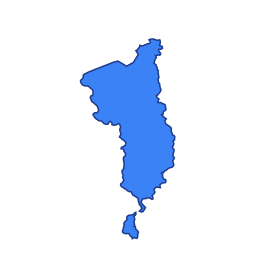 Campo Alegre, Santa Catarina, Brazil, rotated 122°
{"feature_id": "56859067B1818648159801", "entity_name": "Campo Alegre", "entity_type": "district", "adm_level": 2, "iso_a3": "BRA", "parent_name": "Brazil", "parent_adm1": "Santa Catarina", "projection": "natural_earth1", "projection_center": [-49.182, -26.127], "detail": "fine", "context": "isolated", "style": "filled", "palette": "blue", "viewbox_px": 256, "rotation_deg": 122, "n_neighbors": 0, "source": "geoboundaries", "source_scale": "gbopen_adm2", "svg_char_len": 4114}
<svg xmlns="http://www.w3.org/2000/svg" viewBox="0 0 256 256"><g transform="rotate(122 128 128)"><path d="M63.2,132.7L62.9,134.0L61.3,135.4L60.5,136.7L59.4,138.0L59.5,140.1L57.6,140.7L56.1,141.3L54.5,141.3L53.1,141.3L52.1,143.0L51.1,142.2L50.1,141.0L49.4,139.6L47.7,139.6L46.7,141.5L46.4,142.9L44.9,143.6L43.9,141.9L42.1,141.0L40.7,142.1L41.0,143.4L41.4,145.0L39.5,145.4L37.5,146.4L36.4,147.8L38.0,149.4L38.7,151.8L39.0,153.6L39.9,154.8L40.9,156.2L42.2,156.9L42.6,155.3L43.8,154.4L45.1,154.6L45.9,155.8L47.1,156.6L48.2,157.5L49.4,158.3L50.7,159.0L51.3,160.5L51.5,161.8L52.6,161.4L53.9,161.1L55.1,161.5L56.9,161.5L58.1,162.4L60.3,158.2L62.7,158.2L66.7,158.2L68.2,158.2L69.6,158.2L76.4,162.0L76.4,166.6L76.5,168.6L76.5,170.0L76.6,172.0L80.1,175.3L95.3,186.6L101.3,191.0L105.6,193.6L106.8,194.0L107.9,193.2L109.1,192.9L110.4,192.7L111.7,193.3L113.6,193.1L114.6,191.8L115.6,189.5L115.3,187.2L114.4,185.6L113.5,183.7L114.0,181.8L114.1,179.8L114.6,178.0L116.0,176.7L117.5,175.7L119.2,175.5L120.7,176.5L122.4,176.0L123.4,174.4L124.8,172.8L124.8,171.1L125.2,168.7L125.5,166.9L126.0,165.3L127.0,164.0L128.0,163.0L129.2,162.0L130.9,162.3L131.9,162.9L132.5,164.1L133.6,164.7L135.1,164.9L136.3,162.8L137.1,160.9L137.1,158.5L137.4,156.8L136.6,155.4L136.2,154.2L136.5,152.4L137.0,150.6L136.5,148.8L135.5,147.1L133.6,147.1L132.1,147.1L131.9,145.3L132.6,143.9L133.7,143.4L133.3,142.0L132.7,140.8L131.9,139.9L130.8,139.2L129.2,138.4L129.5,136.8L130.4,135.4L131.7,134.6L133.5,134.3L135.2,132.8L136.1,131.5L137.3,130.6L138.9,130.6L140.2,130.4L140.2,129.1L140.7,127.4L140.7,125.4L141.0,123.8L141.4,122.0L142.6,121.6L144.2,121.1L146.1,122.1L147.8,123.3L149.3,122.9L148.7,121.7L148.5,120.1L149.8,119.3L150.5,117.5L151.7,116.0L153.5,115.6L155.1,116.3L157.0,115.3L158.3,114.2L159.8,112.9L161.5,111.5L163.1,111.2L163.9,110.1L165.0,110.2L166.2,110.2L167.6,110.4L169.2,109.1L170.3,107.5L171.3,106.9L172.4,106.6L173.5,105.3L174.5,103.7L176.1,103.9L177.8,103.9L179.1,104.5L180.6,103.9L181.3,101.7L181.0,99.9L181.4,98.7L180.9,97.4L181.5,95.7L181.4,93.4L180.4,91.7L181.2,90.4L182.3,88.3L182.2,86.5L182.2,84.7L182.3,82.8L182.9,81.6L183.9,81.0L185.2,79.7L186.4,78.3L187.2,77.3L187.3,75.8L188.3,74.8L188.6,73.5L190.4,73.8L192.5,74.3L192.2,72.3L191.2,71.1L189.6,70.9L187.7,70.9L186.1,71.1L185.8,72.5L185.4,74.2L184.9,75.8L184.5,77.3L182.6,77.8L180.8,78.1L179.3,76.8L178.3,75.3L177.1,74.6L176.2,73.5L175.7,71.6L175.9,70.1L174.9,69.2L173.5,70.4L172.4,71.7L171.1,71.5L169.8,71.1L168.1,71.1L166.6,73.3L164.7,73.2L162.9,72.5L162.2,70.7L161.4,68.9L160.2,70.2L159.1,70.9L157.9,70.3L156.4,69.7L155.6,68.6L154.4,67.3L152.7,67.8L151.8,68.9L152.4,70.4L151.7,72.0L150.7,72.9L149.5,73.7L148.8,75.5L147.6,75.7L147.2,74.1L145.5,74.3L144.1,73.5L142.5,72.9L141.0,72.4L139.5,71.4L138.1,69.9L136.4,69.4L134.9,69.7L133.5,71.2L132.6,72.5L131.2,72.7L130.1,72.6L128.5,73.0L128.2,74.9L127.2,75.4L126.0,76.0L124.7,76.3L123.0,76.8L121.9,77.5L121.4,79.3L120.5,80.3L118.6,80.3L116.9,80.9L116.1,81.9L114.9,82.9L113.5,82.2L112.3,82.9L110.8,83.5L110.0,84.8L110.3,86.5L108.9,88.1L108.0,89.3L106.6,90.6L105.3,91.0L104.7,92.8L104.6,94.7L104.5,96.3L104.6,98.0L103.5,99.4L102.1,100.7L100.0,100.3L99.8,102.5L99.4,105.0L99.0,106.5L97.9,105.6L96.5,106.2L95.1,106.6L93.1,105.6L91.7,105.7L91.0,106.9L89.6,107.7L88.5,109.1L89.0,112.0L89.2,114.4L90.4,115.4L90.4,116.8L88.9,116.7L87.0,117.1L86.8,119.8L85.5,121.1L84.2,120.3L82.5,120.2L80.8,119.8L79.4,120.1L78.2,120.2L77.2,121.4L76.2,122.7L75.0,123.6L73.6,124.8L73.0,126.7L71.6,127.4L70.5,128.7L69.0,128.4L67.8,129.4L66.8,130.3L65.8,131.1L64.4,132.4L63.2,132.7ZM214.5,62.5L212.9,63.6L210.8,63.9L210.2,65.2L209.8,67.3L208.8,68.8L207.8,69.4L208.2,70.8L206.7,70.9L205.8,71.8L204.8,72.9L203.3,73.6L201.7,73.9L200.5,75.4L199.5,76.2L198.4,75.6L196.6,75.7L195.4,76.7L196.4,77.3L198.1,77.6L199.5,78.4L200.8,80.0L201.7,81.2L202.9,81.7L204.1,81.9L205.6,80.7L207.1,80.4L208.9,81.0L210.9,81.0L212.4,80.0L213.5,79.2L214.7,79.2L216.4,78.4L218.3,78.1L219.3,77.3L219.4,75.6L218.7,73.6L217.4,72.2L217.3,70.4L218.4,68.9L218.3,67.2L219.6,65.7L218.3,65.2L217.5,64.1L217.0,62.0L215.6,62.0L214.5,62.5Z" fill="#3b82f6" stroke="#1e3a8a" stroke-width="1.5"/></g></svg>